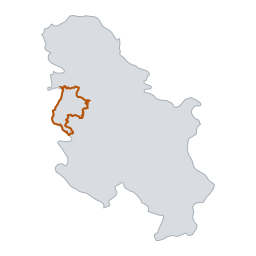 Macvanski highlighted on a map of Republic of Serbia
{"feature_id": "SRB-838", "entity_name": "Macvanski", "entity_type": "District", "adm_level": 1, "iso_a3": "SRB", "parent_name": "Republic of Serbia", "parent_adm1": "", "projection": "orthographic", "projection_center": [19.594, 44.517], "detail": "fine", "context": "in_parent", "style": "outline", "palette": "amber", "viewbox_px": 256, "rotation_deg": 0, "n_neighbors": 0, "source": "natural_earth", "source_scale": "10m", "svg_char_len": 7012}
<svg xmlns="http://www.w3.org/2000/svg" viewBox="0 0 256 256"><path d="M144.3,92.0L151.0,93.9L154.1,95.8L155.8,98.4L160.1,100.0L167.0,100.7L171.9,103.2L174.8,107.6L179.2,106.4L185.1,99.5L191.0,97.6L197.1,100.5L200.4,103.0L201.0,105.1L199.7,106.0L196.3,105.7L193.7,107.0L191.7,110.0L191.5,113.2L193.1,116.4L195.2,118.6L198.0,119.8L199.5,121.5L199.8,123.7L200.5,124.2L199.0,125.3L197.4,126.9L196.5,129.5L196.4,133.8L191.2,137.3L189.3,137.9L188.4,140.2L187.3,146.4L187.6,151.0L188.4,153.4L188.8,155.3L190.6,157.6L192.3,161.2L193.5,166.0L196.0,169.6L202.0,173.0L205.1,175.0L207.4,178.0L209.2,180.8L214.2,184.3L214.0,186.9L213.0,189.6L211.9,190.8L209.6,194.2L207.2,196.2L203.5,202.2L197.3,202.8L195.8,203.3L193.5,205.0L192.4,208.0L193.6,210.3L193.6,212.7L192.6,217.3L194.3,222.2L196.6,224.4L197.0,225.7L196.7,228.0L193.5,232.9L192.6,234.6L189.3,235.6L188.1,235.2L186.4,233.6L184.8,233.2L180.9,235.2L176.9,236.5L173.7,235.7L170.5,235.7L168.4,236.6L166.8,236.9L163.6,239.0L158.5,240.6L156.1,240.4L155.2,238.5L154.1,235.8L154.6,234.5L157.9,232.3L158.3,230.2L162.8,220.2L163.6,216.9L163.6,215.9L162.3,215.2L159.8,215.3L148.2,211.5L148.6,206.9L145.1,204.5L141.5,202.3L140.8,199.9L136.7,195.0L133.7,192.2L129.9,190.9L126.6,188.9L124.7,187.6L123.8,185.3L123.8,183.9L122.8,182.6L121.2,182.8L118.6,184.7L115.4,186.3L114.8,187.5L116.0,190.2L116.9,192.0L116.5,193.7L115.5,195.8L109.3,200.5L108.6,202.2L109.8,204.8L109.1,206.0L103.8,207.8L104.0,206.4L103.6,204.1L100.6,201.6L96.3,199.8L86.8,193.3L83.2,192.5L80.0,191.7L75.3,188.6L73.0,188.0L70.3,185.8L64.6,178.3L59.7,174.2L56.4,172.1L55.5,170.0L55.3,168.0L55.4,167.3L57.9,164.3L59.9,163.9L62.3,163.8L64.0,165.3L66.1,165.6L67.3,163.7L68.0,161.0L67.7,157.5L62.5,149.3L58.1,143.6L57.6,142.4L58.6,141.3L60.1,140.8L61.8,141.2L66.1,141.7L70.3,141.1L71.7,139.8L71.7,137.9L70.2,136.2L65.3,131.5L61.6,127.4L57.1,124.2L53.9,122.9L52.9,121.3L52.5,119.6L52.9,116.4L53.1,112.5L53.9,110.0L56.9,105.2L59.7,100.2L61.5,95.4L62.4,90.9L62.1,89.6L60.6,88.6L57.5,87.7L53.2,88.5L49.6,90.1L48.1,90.2L47.7,88.2L48.2,87.3L49.4,87.4L50.3,87.8L51.3,86.9L52.0,84.2L50.5,74.8L53.2,74.0L53.3,72.6L53.5,71.4L56.3,73.0L60.3,73.1L63.7,72.8L64.3,71.8L64.2,70.5L63.5,69.4L62.3,68.6L61.4,67.3L59.1,66.7L51.8,63.3L48.2,59.6L48.4,55.8L49.4,53.7L50.7,53.0L50.3,52.3L46.3,50.5L44.8,48.0L46.0,44.8L44.0,38.4L41.8,34.4L44.0,32.7L44.3,30.3L44.5,28.9L45.4,29.0L48.9,27.4L50.2,26.0L51.0,24.5L51.8,24.1L54.2,25.8L56.7,26.0L59.5,24.9L61.5,23.4L64.1,22.2L65.2,21.4L66.6,20.1L69.6,16.2L72.9,15.4L77.3,16.4L82.1,16.7L85.7,15.8L94.8,16.9L96.7,17.8L98.0,18.7L100.4,22.1L102.7,26.4L105.9,28.3L109.8,30.7L111.7,32.4L114.7,37.5L117.0,40.1L117.7,39.9L118.5,39.3L119.0,38.7L119.6,39.2L119.7,40.8L119.9,44.2L119.4,48.0L120.2,51.5L120.3,52.6L119.7,53.6L119.8,54.5L120.6,55.4L123.8,57.7L126.7,61.2L130.1,63.7L133.2,65.3L135.1,65.3L138.4,68.2L144.7,70.1L146.7,70.8L148.2,72.0L149.2,73.3L149.3,74.8L148.3,75.5L147.0,77.6L146.5,80.0L145.5,80.7L144.5,80.7L143.8,81.5L144.0,82.5L144.8,83.5L146.2,84.4L148.7,85.2L151.3,86.5L151.2,87.5L150.8,88.7L147.6,89.2L145.2,89.4L144.2,89.9L144.3,92.0Z" fill="#d9dde1" stroke="#a8b0b8" stroke-width="1"/><path d="M58.5,124.8L57.9,124.8L57.5,124.6L56.7,124.2L54.9,123.8L54.1,123.4L53.3,122.5L52.4,120.5L52.1,119.4L52.0,118.3L52.4,117.1L53.0,116.4L53.5,115.5L53.6,113.9L52.9,111.4L53.0,110.5L54.5,110.0L54.8,109.7L55.1,109.3L55.3,108.9L55.4,108.5L55.4,107.5L55.4,107.2L55.7,106.9L56.1,106.6L56.3,106.4L58.2,103.2L58.8,101.4L59.1,100.9L59.6,100.4L60.4,99.7L60.8,99.1L61.2,98.1L62.7,91.1L62.9,90.9L63.1,90.8L63.2,90.6L63.2,90.1L63.1,89.6L62.9,89.2L62.7,89.0L62.4,88.7L62.5,88.4L61.8,87.9L61.1,87.2L61.8,87.3L63.0,87.7L63.6,87.6L64.1,87.2L64.0,86.7L64.4,86.1L64.5,86.1L64.8,86.1L65.0,86.2L65.1,86.3L65.6,86.6L65.8,86.8L65.9,87.0L66.0,87.1L66.1,87.5L66.3,87.8L66.4,88.2L66.5,88.3L66.7,88.5L66.8,88.5L67.0,88.5L67.2,88.4L67.4,88.3L67.6,88.0L67.7,87.8L67.8,87.7L68.0,87.6L68.3,87.5L68.5,87.6L69.0,88.1L69.3,88.3L69.6,88.4L70.0,88.4L70.3,88.5L70.5,88.5L70.8,88.4L71.2,88.2L71.9,87.9L72.2,87.7L72.4,87.7L72.5,87.7L72.9,87.7L73.7,87.7L74.0,87.8L75.3,86.5L75.7,86.7L76.4,86.8L77.3,87.3L78.4,87.4L78.8,87.6L78.8,88.2L78.6,89.0L76.8,92.5L76.5,93.8L76.6,94.9L76.9,95.4L77.1,95.9L77.3,96.3L77.6,96.7L78.3,97.0L80.4,97.1L82.4,98.1L83.5,98.9L84.2,99.6L85.2,100.3L88.0,100.2L89.2,100.6L88.3,101.2L85.9,102.4L85.5,103.0L86.3,103.9L87.7,103.4L87.4,105.2L87.5,105.5L87.2,106.0L87.2,106.3L87.3,106.4L87.5,106.7L87.6,106.9L87.6,107.2L87.6,107.8L87.4,107.8L87.2,107.9L86.8,108.2L86.6,108.3L86.1,108.4L85.8,108.6L85.7,108.6L85.3,108.3L85.1,108.2L84.9,108.1L84.7,108.1L84.4,108.3L83.9,108.7L83.7,108.8L83.3,109.0L83.2,109.1L83.0,109.3L82.9,109.4L82.8,109.5L82.7,109.8L82.6,110.2L82.8,110.3L82.9,110.6L82.9,110.8L82.9,111.1L83.0,111.2L83.1,111.5L83.4,111.9L83.4,112.0L83.5,112.2L83.5,112.4L83.5,112.5L83.4,112.6L83.0,113.0L82.9,113.0L82.9,113.3L83.1,113.8L83.2,114.1L83.2,114.5L83.2,114.8L83.2,115.0L83.1,115.3L82.9,115.3L82.6,115.2L82.4,115.1L82.2,115.2L81.9,115.3L81.8,115.5L81.7,115.6L81.8,115.9L81.9,116.0L82.2,116.4L82.6,117.0L82.3,117.5L82.2,117.6L82.2,117.8L82.0,118.0L81.9,118.0L81.7,118.0L80.1,118.0L79.8,118.0L79.6,118.0L79.5,117.9L79.5,117.7L79.5,117.4L79.5,117.2L79.2,116.8L79.0,116.6L78.9,116.5L78.7,116.4L78.4,116.3L77.9,116.1L77.0,115.7L76.6,115.6L75.9,115.3L75.7,115.1L75.4,115.1L75.1,115.1L74.5,115.3L74.4,115.3L73.9,115.4L73.7,115.5L73.1,115.8L72.9,116.0L72.7,116.0L72.4,116.1L72.2,116.0L71.9,116.0L71.7,115.8L71.6,115.7L71.4,115.3L71.4,115.2L70.7,114.7L70.2,114.8L69.9,114.8L69.7,114.9L69.4,115.0L69.1,115.1L68.7,115.0L68.4,115.0L68.1,115.1L67.8,115.2L67.7,115.3L67.6,115.5L67.8,115.8L68.2,116.0L68.3,116.0L68.4,116.3L68.2,116.5L68.2,116.8L68.2,117.2L68.1,117.4L68.0,117.9L67.9,118.2L67.6,118.8L67.4,119.1L67.1,119.2L66.6,119.1L66.4,119.2L66.3,119.3L66.2,119.5L66.1,119.9L66.3,120.1L66.4,120.4L66.5,120.4L66.6,120.5L66.8,120.5L67.2,120.4L67.3,120.4L67.4,120.5L67.5,120.6L67.6,120.8L67.7,121.1L67.9,121.4L67.9,121.6L67.9,121.8L67.8,122.1L67.7,122.2L67.6,122.3L67.4,122.3L67.0,122.4L66.9,122.4L66.8,122.5L66.7,122.6L66.4,122.9L66.2,123.2L66.2,123.3L66.1,123.5L66.1,123.9L66.0,124.0L65.9,124.1L65.5,124.4L65.5,124.5L65.4,124.6L65.4,125.1L65.3,125.4L65.2,125.6L65.3,125.9L65.8,126.3L66.0,126.4L66.5,126.6L66.7,126.8L66.9,126.8L67.3,126.8L67.8,127.0L68.1,127.1L68.4,127.4L68.6,127.5L68.8,127.6L69.0,127.6L69.4,127.6L69.5,127.6L69.9,128.0L70.0,128.1L70.5,128.3L70.8,128.5L71.1,129.0L71.4,129.5L71.4,130.1L71.5,130.5L71.9,130.7L72.0,130.8L72.3,131.1L72.5,131.3L72.6,131.6L72.7,131.8L72.8,131.9L72.9,132.0L73.1,132.1L73.1,132.3L73.1,132.5L72.9,133.0L72.7,133.3L72.6,133.5L72.3,133.6L72.2,133.6L71.8,133.5L71.5,133.4L71.4,133.4L71.2,133.4L70.8,133.6L70.7,133.7L70.3,133.7L70.2,133.8L70.0,134.0L69.9,134.1L69.5,134.8L69.4,134.9L69.3,135.0L69.2,135.1L68.9,135.1L68.1,134.0L67.5,133.4L67.2,133.1L67.1,132.0L66.8,131.6L66.6,131.6L66.1,132.1L65.8,132.1L65.5,132.0L65.1,131.5L63.3,130.2L62.5,129.4L62.3,128.6L62.2,127.5L61.7,126.2L61.0,125.2L60.3,124.6L59.8,124.5L58.5,124.8Z" fill="none" stroke="#b45309" stroke-width="2"/></svg>